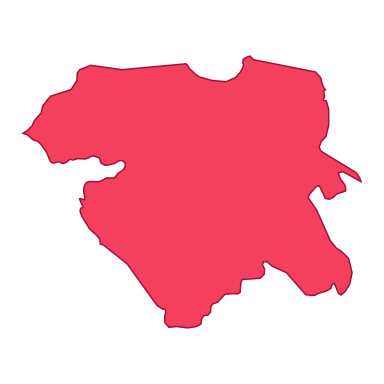 SVG path tracing the border of Kordestan
{"feature_id": "IRN-3241", "entity_name": "Kordestan", "entity_type": "Province", "adm_level": 1, "iso_a3": "IRN", "parent_name": "Iran", "parent_adm1": "", "projection": "natural_earth1", "projection_center": [46.82, 35.623], "detail": "fine", "context": "isolated", "style": "filled", "palette": "rose", "viewbox_px": 384, "rotation_deg": 0, "n_neighbors": 0, "source": "natural_earth", "source_scale": "10m", "svg_char_len": 2484}
<svg xmlns="http://www.w3.org/2000/svg" viewBox="0 0 384 384"><path d="M53.6,163.1L51.4,162.5L49.9,160.5L46.7,152.5L41.0,144.4L37.3,140.9L34.0,140.3L32.4,139.3L27.8,135.0L23.0,133.3L23.1,133.2L27.3,130.6L32.2,125.7L34.3,120.7L41.2,112.9L42.9,105.4L45.6,102.6L47.1,100.1L50.8,96.1L71.0,89.6L77.0,80.5L77.2,73.1L79.9,69.6L90.8,65.3L121.9,69.7L185.9,63.8L187.4,65.0L188.3,66.9L190.0,69.2L192.5,71.3L194.6,73.6L199.3,76.9L212.2,80.5L226.2,81.7L235.6,77.5L240.8,71.5L242.9,67.3L243.6,64.9L242.7,62.3L243.2,59.3L246.9,57.1L249.9,56.1L253.5,59.7L315.9,72.1L316.3,72.8L320.2,77.2L321.1,78.8L321.6,81.8L322.7,85.2L324.1,88.2L325.3,89.9L324.0,91.1L323.8,92.5L324.6,96.2L324.4,97.2L323.9,98.2L323.5,99.2L323.7,100.4L324.2,100.6L326.3,100.8L328.7,109.5L328.7,125.1L326.0,136.4L321.2,141.5L319.2,147.1L320.9,151.1L355.1,172.0L357.4,174.2L359.9,178.4L361.0,181.7L342.7,171.6L338.2,172.9L340.4,179.0L344.1,183.8L345.6,187.1L345.6,191.0L336.7,194.0L333.2,197.5L329.1,199.3L325.3,198.3L319.4,186.0L316.5,186.3L310.0,193.6L308.1,197.5L316.8,210.4L330.3,240.7L336.4,248.2L341.5,251.4L348.6,258.5L352.1,272.7L349.7,284.2L345.3,291.3L341.2,295.0L338.5,293.5L334.5,283.6L332.2,284.2L330.8,288.5L326.3,291.0L318.6,293.2L314.9,295.3L311.0,295.4L305.6,294.6L286.5,272.7L272.2,266.2L267.3,261.9L263.7,261.6L262.4,264.5L264.6,269.1L264.2,274.3L260.0,278.3L242.1,279.5L240.9,282.5L240.1,292.4L237.6,293.9L232.7,293.6L225.0,294.3L217.5,302.3L212.3,304.1L210.7,307.5L210.6,311.9L208.0,315.0L203.9,315.7L201.5,319.0L200.9,324.0L196.1,326.6L187.7,327.9L176.5,326.5L169.0,327.3L164.9,322.7L164.7,316.7L165.7,312.2L165.2,308.9L162.4,309.1L157.0,305.4L127.2,264.0L103.6,245.1L100.1,243.9L100.4,243.3L99.5,238.8L96.6,235.3L89.7,229.1L81.8,216.2L80.2,211.8L80.1,210.4L80.4,209.1L81.1,208.1L82.1,207.4L82.6,206.8L82.7,206.1L82.6,205.5L82.1,204.8L80.7,201.9L79.6,198.8L80.2,198.7L80.8,198.7L84.6,199.8L84.9,197.7L83.7,191.8L83.8,189.3L84.2,186.6L85.2,184.1L86.8,182.4L89.3,181.5L98.0,181.7L100.6,181.1L106.8,177.8L111.7,178.1L114.3,177.8L116.2,175.9L117.9,173.4L121.7,171.0L123.6,169.2L125.1,166.7L125.3,164.3L124.4,162.2L122.4,160.7L119.7,160.5L117.5,161.6L115.3,163.1L113.0,163.9L107.7,165.1L105.1,165.2L102.6,164.1L101.5,163.3L100.8,162.4L100.3,161.4L99.6,158.2L99.1,157.7L98.1,157.5L94.3,156.1L92.3,156.0L90.3,156.8L87.9,158.2L85.4,159.0L77.5,158.6L73.5,160.0L72.2,159.9L70.9,159.5L69.7,159.4L66.7,162.0L64.3,163.2L61.7,163.4L59.7,162.0L58.3,161.7L53.6,163.1Z" fill="#f43f5e" stroke="#9f1239" stroke-width="1.5"/></svg>